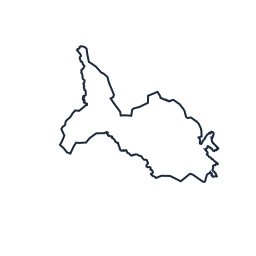 the district of Bu'rentogtox, Hövsgöl, Mongolia, rotated 231°
{"feature_id": "93677404B18763556334641", "entity_name": "Bu'rentogtox", "entity_type": "district", "adm_level": 2, "iso_a3": "MNG", "parent_name": "Mongolia", "parent_adm1": "Hövsgöl", "projection": "mercator", "projection_center": [99.405, 49.514], "detail": "fine", "context": "isolated", "style": "outline", "palette": "slate", "viewbox_px": 256, "rotation_deg": 231, "n_neighbors": 0, "source": "geoboundaries", "source_scale": "gbopen_adm2", "svg_char_len": 5735}
<svg xmlns="http://www.w3.org/2000/svg" viewBox="0 0 256 256"><g transform="rotate(231 128 128)"><path d="M144.4,67.1L147.7,73.8L149.3,78.4L147.0,80.8L143.1,86.3L144.3,92.0L143.8,100.0L138.7,106.6L138.5,108.5L138.2,108.6L138.0,109.0L137.2,109.4L137.0,109.0L137.1,108.6L136.9,108.3L136.3,108.1L135.8,108.3L135.2,107.9L134.6,107.9L134.0,108.0L134.0,108.5L132.3,109.3L132.0,109.6L131.7,110.1L131.2,110.2L130.7,109.6L130.3,109.4L130.0,109.4L129.1,110.0L128.2,109.9L127.1,110.1L126.6,110.0L126.0,109.6L125.6,109.6L123.4,110.2L123.3,110.5L122.8,110.9L122.2,110.5L121.2,110.3L120.1,109.6L118.4,109.4L117.3,108.5L116.2,108.6L115.6,108.2L115.3,108.2L114.2,108.8L113.6,110.6L113.4,110.7L113.0,110.4L112.4,111.1L112.2,111.6L112.2,112.3L112.0,112.6L111.5,112.6L110.6,112.4L109.1,111.9L107.4,112.8L105.6,112.9L105.0,113.0L104.1,113.6L104.0,115.1L103.7,115.4L103.3,115.5L102.8,117.3L102.0,118.0L101.5,118.5L99.6,119.2L98.9,119.6L98.5,120.2L97.3,120.6L95.5,120.3L93.3,120.5L93.0,120.8L92.1,121.9L91.0,122.4L90.5,122.2L89.7,121.7L88.8,121.7L88.1,121.6L87.8,121.1L87.5,119.0L87.2,118.7L86.5,118.1L85.3,118.5L83.9,120.3L83.2,120.6L82.3,120.2L81.6,119.3L80.6,119.8L79.8,120.1L79.2,120.0L78.0,119.5L77.7,119.1L77.4,118.5L77.8,117.8L77.8,116.9L77.7,116.7L75.6,116.9L74.8,117.2L74.4,117.6L72.8,118.3L71.8,118.2L71.5,118.4L69.9,123.8L64.3,130.5L53.4,135.5L53.4,147.4L50.8,149.1L39.2,152.4L38.3,153.1L37.9,153.8L38.1,154.3L38.4,155.0L39.5,156.2L41.9,159.8L41.9,161.1L42.1,161.7L41.7,162.4L41.6,163.3L41.9,164.0L40.9,163.7L40.6,163.9L41.0,164.1L40.5,164.5L39.8,164.1L39.4,164.2L39.2,164.2L39.0,163.9L39.2,163.6L38.6,163.1L36.9,163.3L37.0,163.5L36.5,164.0L36.4,164.3L35.9,164.6L35.8,165.0L35.4,165.7L35.1,166.0L34.6,166.2L34.5,166.4L34.6,166.8L35.5,166.7L37.4,167.6L38.2,167.3L38.9,167.5L40.2,167.4L41.4,167.0L42.2,167.2L42.9,168.2L43.4,169.2L44.6,169.7L45.0,170.2L45.1,170.7L44.9,171.6L44.3,172.0L44.3,172.9L44.8,173.9L44.4,174.2L44.1,174.4L43.8,174.4L43.4,174.9L43.7,175.2L44.0,175.4L44.4,175.3L44.9,174.7L45.9,174.9L48.1,174.3L49.4,174.1L50.2,174.3L50.7,174.0L51.1,173.5L52.9,173.6L54.6,172.8L56.1,173.0L57.1,172.6L58.0,172.7L58.0,172.9L57.8,173.1L57.9,173.4L58.2,173.9L59.0,174.4L60.0,174.5L61.1,174.3L62.1,174.4L61.7,174.6L61.6,174.8L61.9,175.0L62.4,175.7L62.7,175.6L62.8,177.5L63.7,178.3L63.7,178.6L63.2,179.0L62.4,178.8L61.9,178.9L61.1,179.7L60.1,179.6L59.5,180.1L56.8,179.8L56.4,180.1L56.2,180.5L55.7,180.7L56.0,181.7L55.9,182.0L55.5,182.4L55.5,182.7L55.3,182.7L55.3,182.9L55.1,182.9L55.0,183.2L55.2,183.7L55.1,184.3L55.3,184.8L55.2,185.2L55.5,185.3L55.8,185.1L56.0,185.2L56.1,184.7L56.4,185.0L57.1,184.8L57.7,185.3L58.7,185.0L59.5,185.1L61.2,184.7L61.5,184.9L62.1,184.8L62.8,184.5L63.3,184.8L63.5,184.6L64.7,184.8L65.2,185.1L65.6,185.3L65.7,185.5L66.2,185.6L66.5,185.8L66.5,185.6L66.6,186.2L67.0,186.2L67.0,186.5L67.3,186.8L67.3,187.0L67.6,187.0L67.4,187.2L67.4,187.3L67.7,187.2L68.0,187.5L68.2,188.6L68.3,188.7L68.2,189.1L68.6,189.3L68.6,189.6L69.0,190.1L69.0,190.3L70.1,191.3L70.7,191.5L71.1,191.2L71.3,191.2L71.8,191.0L71.8,190.7L72.0,190.3L72.3,190.3L72.2,190.1L72.4,190.0L72.2,189.7L72.3,189.3L72.5,189.1L72.2,189.0L72.2,188.7L72.4,188.7L72.6,188.4L72.3,188.4L72.2,188.2L72.7,187.8L73.0,185.9L72.9,184.9L72.5,183.5L72.1,182.7L72.0,181.8L71.4,181.2L71.3,179.9L70.8,178.1L69.5,175.1L69.5,174.9L70.3,174.2L71.0,174.2L71.1,174.6L72.2,175.2L72.4,175.9L73.3,176.5L73.8,176.5L74.6,176.9L76.2,176.9L75.1,179.8L79.0,182.8L81.8,184.4L86.8,185.6L89.3,185.5L96.6,183.5L98.0,181.0L99.0,180.2L99.9,180.1L101.1,180.4L101.7,181.0L102.1,181.2L103.4,181.5L105.1,182.5L107.8,183.0L113.9,183.1L121.3,181.0L121.5,180.7L121.5,180.4L122.0,179.6L122.1,178.8L122.6,178.1L122.5,177.7L122.8,177.4L122.8,176.8L123.1,176.6L123.5,176.5L123.5,176.3L123.8,176.2L124.5,176.1L124.6,175.8L124.8,175.6L125.0,175.6L125.0,175.4L125.6,175.3L125.9,175.1L126.2,175.1L126.2,174.9L126.7,174.8L127.0,174.6L127.1,174.2L127.8,173.7L128.2,173.7L129.3,173.4L130.4,172.3L130.8,172.2L131.4,172.5L131.5,172.7L131.9,172.8L132.1,172.7L133.0,173.1L137.5,173.7L140.4,163.9L135.0,159.3L137.2,150.0L139.5,145.0L139.6,142.8L135.5,138.2L139.6,133.9L142.3,130.2L145.5,132.1L157.6,132.7L161.9,133.1L161.3,135.9L162.7,138.0L173.9,141.3L177.6,142.7L180.5,144.2L185.8,143.2L187.8,142.1L196.2,141.7L204.0,139.2L210.6,142.6L215.7,145.7L217.1,145.5L218.4,145.1L219.5,144.4L221.2,142.9L221.2,142.1L221.5,141.6L221.5,141.3L220.9,141.1L220.7,140.8L220.5,139.7L220.6,139.4L221.0,138.5L220.9,137.6L220.1,137.5L219.9,137.2L218.8,137.5L217.3,137.3L215.6,137.5L214.6,137.3L213.5,136.7L213.5,135.8L213.1,134.9L212.8,134.5L210.9,133.8L209.7,133.2L209.2,133.2L208.7,133.9L208.3,134.0L205.7,133.0L204.2,133.2L203.3,133.0L203.0,131.8L202.4,130.8L202.4,130.2L202.5,129.5L202.3,129.0L202.3,128.0L200.7,127.2L200.5,126.7L200.4,126.5L200.0,126.4L199.0,126.4L196.5,125.1L195.9,124.4L195.2,124.0L194.4,123.9L192.7,124.2L192.0,124.0L191.5,123.2L190.8,122.7L190.7,121.4L190.5,121.1L189.7,121.1L189.2,121.0L187.7,120.0L187.6,119.3L186.6,118.8L186.2,118.8L185.7,118.5L185.4,118.6L184.9,118.1L183.9,118.5L183.6,118.4L182.5,117.8L181.8,117.1L180.3,116.1L180.2,115.8L180.2,115.0L180.9,113.6L180.8,113.2L180.7,113.1L180.1,113.3L179.5,113.1L179.5,112.8L179.9,112.6L179.9,112.0L179.2,111.3L178.5,110.9L178.2,111.0L177.9,111.4L177.7,110.8L177.2,110.8L176.9,111.0L176.6,111.5L176.4,111.5L176.3,111.4L176.2,110.7L176.0,110.2L175.8,109.8L175.4,109.8L174.9,110.2L173.5,110.7L172.9,111.4L172.2,110.9L171.9,110.9L171.4,111.4L172.2,109.4L172.1,100.9L174.9,97.9L174.2,93.8L173.6,92.6L172.8,89.9L172.7,88.9L172.7,87.2L172.6,86.5L172.6,84.6L172.0,83.3L170.2,81.4L169.8,80.1L170.0,79.2L170.1,78.1L169.6,76.6L169.3,76.2L169.1,75.5L162.2,73.8L159.4,68.7L157.7,64.5L153.0,65.3L147.6,65.2L144.4,67.1Z" fill="none" stroke="#1e293b" stroke-width="2"/></g></svg>